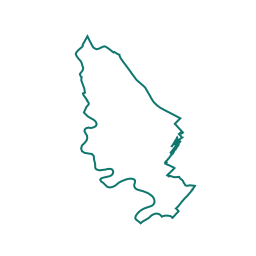 the district of Letea Veche, Bacau, Romania, rotated 155°
{"feature_id": "2599482B63347405976277", "entity_name": "Letea Veche", "entity_type": "district", "adm_level": 2, "iso_a3": "ROU", "parent_name": "Romania", "parent_adm1": "Bacau", "projection": "robinson", "projection_center": [26.956, 46.548], "detail": "fine", "context": "isolated", "style": "outline", "palette": "teal", "viewbox_px": 256, "rotation_deg": 155, "n_neighbors": 0, "source": "geoboundaries", "source_scale": "gbopen_adm2", "svg_char_len": 5468}
<svg xmlns="http://www.w3.org/2000/svg" viewBox="0 0 256 256"><g transform="rotate(155 128 128)"><path d="M134.8,33.3L133.1,33.3L131.8,33.0L130.0,32.2L129.0,31.8L127.8,30.9L127.1,30.5L126.5,29.8L126.0,29.0L125.8,28.4L125.8,27.8L125.6,27.7L125.1,28.0L124.6,28.1L123.4,28.7L122.8,28.9L122.2,29.1L121.7,29.4L121.3,29.6L120.6,29.9L119.3,30.4L117.9,30.9L117.3,31.2L117.3,31.3L117.4,31.7L117.7,32.6L118.5,34.8L117.8,34.8L117.7,35.0L117.4,35.2L117.0,35.4L116.1,35.6L115.2,36.0L114.6,36.3L113.1,37.0L112.0,37.6L110.7,38.3L107.7,39.6L106.4,40.2L105.0,40.7L103.5,41.2L102.2,41.7L101.1,42.3L99.0,43.2L95.7,44.8L95.9,45.0L92.9,46.5L91.8,47.3L93.1,48.1L96.1,49.9L96.6,50.1L98.2,50.4L99.3,50.9L100.2,51.7L100.3,52.5L100.4,53.7L100.7,54.7L100.5,55.9L100.7,57.3L101.3,58.8L101.8,59.7L102.2,60.7L102.3,61.1L102.3,61.8L102.3,62.1L102.5,62.2L103.2,62.4L104.5,62.9L105.5,63.3L106.6,63.7L107.2,64.1L108.0,64.8L109.0,65.8L109.9,66.6L110.5,67.1L111.3,66.8L111.4,67.0L111.7,67.5L112.4,68.4L112.5,68.6L109.5,69.6L107.7,70.2L106.1,70.8L104.4,71.4L103.5,71.7L102.8,72.0L103.5,73.1L103.9,73.6L104.7,74.6L105.4,75.5L106.4,76.7L107.5,77.9L107.8,78.2L108.3,78.9L108.7,79.3L109.2,79.9L108.9,80.0L107.8,80.4L108.6,81.3L107.8,81.7L107.7,81.6L106.9,81.9L106.3,82.2L105.6,82.5L105.0,82.9L104.9,82.8L104.1,83.2L103.2,83.6L102.9,83.8L102.7,83.9L101.9,84.4L101.7,84.4L101.4,84.7L101.2,84.8L100.7,85.1L100.5,85.3L100.3,85.3L99.6,85.4L99.3,85.4L99.1,85.5L98.5,85.8L97.9,86.1L97.5,86.3L97.1,86.6L96.8,86.8L96.3,87.3L96.0,87.5L95.4,88.0L94.9,88.2L94.2,88.6L93.7,88.8L93.6,88.7L93.4,88.9L93.3,89.0L93.0,89.2L93.0,89.3L92.7,89.5L92.6,89.4L92.2,89.7L91.7,90.0L91.4,90.1L90.7,90.6L90.4,90.7L90.1,90.9L89.6,91.1L89.3,91.3L89.5,91.6L90.0,92.1L91.2,91.6L92.4,91.1L94.2,90.4L94.5,90.2L95.5,89.7L96.4,89.2L96.9,89.0L97.3,88.7L98.3,88.2L98.7,88.0L99.9,87.4L100.6,87.1L100.1,87.4L99.8,87.5L99.7,87.6L99.2,87.9L98.2,88.4L97.0,89.0L96.4,89.3L96.1,89.4L95.9,89.5L95.1,90.0L94.7,90.2L94.3,90.5L92.3,91.3L91.7,91.5L92.1,92.5L92.4,93.4L92.8,94.3L92.9,94.7L92.3,93.3L91.9,92.5L91.7,91.9L91.5,91.6L90.1,92.1L90.2,92.8L90.3,93.1L90.5,93.4L91.4,95.6L91.2,95.4L90.2,93.1L89.9,92.3L88.9,92.6L88.6,92.8L88.2,92.9L88.5,93.5L88.7,94.0L89.2,95.2L89.5,96.0L89.8,96.7L89.7,96.7L89.4,96.1L88.9,94.9L88.3,93.4L88.1,92.9L86.4,93.6L86.6,94.1L87.0,94.9L87.2,95.2L87.7,96.4L88.2,97.6L88.3,97.7L88.9,97.3L89.7,96.8L89.9,96.7L91.3,95.8L91.6,95.5L93.0,94.7L93.6,94.3L94.9,93.4L95.5,93.1L95.8,92.9L95.9,93.0L95.5,93.2L95.1,93.5L94.8,93.6L93.6,94.4L93.4,94.6L91.0,96.1L90.4,96.5L88.6,97.6L88.3,97.8L88.2,98.1L87.9,98.3L87.5,98.6L87.5,98.4L87.9,98.1L88.1,97.8L87.4,96.1L87.1,95.5L84.6,96.2L84.0,96.3L82.9,96.5L83.0,96.6L83.4,97.9L83.7,98.8L83.9,99.5L84.0,99.7L84.2,100.3L84.4,101.0L82.2,101.6L82.0,101.0L81.7,100.3L80.1,100.7L80.4,101.5L80.6,102.1L81.1,103.7L81.7,105.5L82.5,107.9L83.1,110.0L83.8,112.0L82.3,112.6L80.3,113.3L76.5,114.7L77.7,116.3L79.0,118.0L80.0,119.3L82.4,122.4L83.8,124.3L85.2,126.0L86.2,127.4L87.3,128.7L88.6,130.6L89.7,132.0L90.2,132.8L90.8,133.8L91.4,134.9L92.0,136.0L92.4,137.1L92.9,138.3L93.3,139.4L93.7,140.6L94.0,142.4L94.2,143.7L94.4,145.5L94.5,147.5L94.6,148.9L94.9,151.9L95.0,153.4L95.1,154.5L95.2,155.4L95.3,156.8L95.4,157.4L95.6,158.1L96.0,159.0L96.5,160.3L97.3,162.0L97.9,163.5L98.3,164.3L99.0,165.8L99.5,167.0L99.8,167.7L100.0,168.2L100.2,169.1L100.7,171.6L101.0,173.3L101.5,175.4L101.7,176.6L101.8,177.5L102.3,179.9L103.3,184.9L104.0,188.2L104.4,190.1L104.8,192.2L105.0,193.3L105.1,194.0L105.2,195.0L105.2,195.9L105.1,196.9L104.9,197.7L104.8,198.1L105.5,198.5L108.3,202.7L109.2,202.6L111.9,207.9L113.6,210.7L114.3,211.5L115.0,212.0L116.8,212.3L120.4,212.2L123.1,212.6L124.8,214.5L125.6,216.5L125.9,223.4L126.0,228.3L128.7,226.3L131.5,224.3L133.9,222.6L134.2,221.6L135.6,220.8L138.7,220.0L141.1,219.2L143.1,218.2L144.1,217.1L144.2,215.2L143.9,213.5L143.5,211.5L142.7,209.0L142.5,206.6L143.0,204.0L143.2,201.4L144.6,199.5L147.3,198.0L148.8,197.3L149.0,195.4L149.0,194.4L148.5,193.6L149.5,192.3L150.2,190.9L150.9,182.4L151.6,180.0L152.0,178.3L152.6,178.2L154.3,178.4L154.4,178.1L154.4,177.4L154.4,176.5L154.3,175.5L154.1,174.8L153.9,173.8L153.5,172.5L153.6,172.2L153.7,171.5L153.5,171.1L153.1,170.5L153.5,169.7L153.5,169.4L153.0,167.6L153.2,166.9L153.8,165.9L154.6,165.6L155.9,165.0L156.4,164.8L156.9,164.6L161.4,160.7L159.6,155.6L157.5,152.5L155.6,149.9L154.6,147.4L154.7,145.0L155.7,143.7L157.2,143.2L159.5,143.2L162.0,143.8L163.5,145.0L165.7,145.5L167.2,145.2L168.3,144.4L168.8,143.3L168.7,141.1L168.4,138.4L169.1,136.2L170.8,134.2L173.7,132.8L177.1,131.6L179.1,129.3L179.5,126.4L177.9,123.9L174.2,121.3L171.7,119.7L170.9,116.9L172.1,113.7L173.0,109.2L174.4,106.1L174.5,104.7L173.5,103.1L171.5,101.6L166.2,99.9L163.2,99.3L160.8,98.1L159.8,96.8L159.8,94.8L160.9,93.1L163.0,92.1L165.2,92.1L168.9,92.9L171.7,93.5L173.9,93.6L175.1,92.8L174.9,90.8L173.6,88.7L172.6,85.9L171.7,83.5L169.7,81.8L166.7,81.1L163.6,81.2L159.6,82.3L156.0,82.5L150.7,82.1L147.4,81.2L145.4,80.0L144.0,78.5L143.9,77.3L144.9,75.5L146.2,74.1L146.8,73.1L147.0,71.5L146.8,70.1L145.6,68.3L144.0,66.8L142.0,65.2L140.0,63.3L137.5,60.6L135.9,58.0L134.9,56.0L134.4,54.0L134.5,52.2L134.9,50.5L135.7,49.1L137.0,48.1L138.4,47.5L140.5,47.5L143.9,47.9L147.2,48.2L149.5,48.1L152.2,47.7L154.5,47.0L156.5,46.0L158.0,45.1L159.1,43.9L159.6,43.0L159.4,41.8L158.7,40.3L157.4,37.8L156.8,36.3L154.5,37.0L147.6,37.6L143.9,38.8L142.2,39.0L140.0,38.9L139.0,38.6L138.0,38.2L136.5,37.1L136.1,36.6L135.3,35.3L134.8,33.3Z" fill="none" stroke="#0f766e" stroke-width="2"/></g></svg>